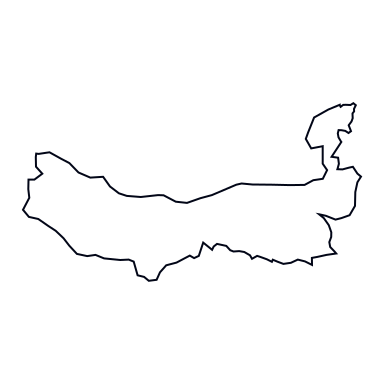 Mamountali, Paphos, Cyprus (orthographic projection)
{"feature_id": "46923920B96361744378997", "entity_name": "Mamountali", "entity_type": "district", "adm_level": 2, "iso_a3": "CYP", "parent_name": "Cyprus", "parent_adm1": "Paphos", "projection": "orthographic", "projection_center": [32.61, 34.916], "detail": "fine", "context": "isolated", "style": "outline", "palette": "ink", "viewbox_px": 384, "rotation_deg": 0, "n_neighbors": 0, "source": "geoboundaries", "source_scale": "gbopen_adm2", "svg_char_len": 1937}
<svg xmlns="http://www.w3.org/2000/svg" viewBox="0 0 384 384"><path d="M339.7,104.8L328.4,109.5L314.1,117.5L308.1,132.5L305.8,138.9L311.2,148.4L322.7,146.2L322.7,152.9L322.7,163.7L327.1,170.1L322.8,178.8L313.3,180.2L304.6,184.9L290.1,185.1L271.9,184.7L252.4,184.5L241.6,183.5L236.3,184.7L211.9,195.1L200.4,198.2L187.0,202.9L175.8,201.7L163.6,195.3L158.1,195.1L140.8,197.0L126.8,195.9L118.9,193.3L110.0,186.5L103.1,176.8L90.3,177.6L78.5,172.5L69.4,163.1L61.2,158.8L49.5,152.3L46.7,152.7L38.7,153.9L36.2,153.6L35.8,157.0L36.0,166.7L42.3,173.7L34.4,179.6L28.5,179.6L28.3,189.2L29.3,197.8L23.0,209.8L26.5,214.0L28.9,216.9L38.3,219.0L48.2,225.9L55.7,230.8L63.5,238.2L69.3,245.7L76.9,253.9L87.2,256.1L95.5,254.9L104.1,258.4L120.3,260.0L128.7,259.6L133.7,261.6L137.6,275.3L144.1,276.9L148.8,280.8L156.6,279.8L160.0,272.3L166.2,265.3L176.5,262.6L185.4,257.9L189.8,255.6L194.1,258.1L198.8,255.9L203.2,242.6L209.4,247.6L212.1,249.8L213.7,246.5L217.0,243.9L226.3,245.9L230.2,250.2L233.5,251.5L239.2,251.1L244.3,252.0L250.0,255.3L252.0,258.8L257.1,255.9L260.0,256.8L266.9,259.3L271.9,261.8L272.8,259.7L277.3,261.6L283.4,263.9L290.9,262.8L297.8,259.6L305.0,261.4L312.0,264.9L311.9,257.9L317.4,256.9L326.5,254.9L336.2,253.5L334.5,251.5L330.2,247.0L329.3,242.1L331.2,237.0L331.3,232.3L328.8,225.2L323.8,218.1L319.1,214.3L319.7,214.4L325.9,215.8L335.5,219.6L341.4,218.1L349.6,215.2L355.0,205.9L355.0,205.6L355.3,192.4L355.3,192.1L357.4,182.3L361.0,176.6L357.4,173.6L352.9,166.8L349.2,167.6L342.5,169.4L337.4,169.2L337.5,168.9L338.9,163.8L338.1,157.7L331.6,156.8L331.8,156.5L341.3,142.0L341.2,141.9L338.5,137.3L337.8,133.3L337.9,133.0L338.6,130.1L341.5,130.2L345.3,130.9L348.5,133.0L351.0,131.2L348.7,125.3L348.8,125.1L351.5,121.5L352.7,118.2L352.5,113.6L352.6,113.3L354.1,111.4L354.0,108.9L354.1,108.7L355.8,105.2L353.3,103.2L350.5,105.0L345.7,104.8L343.2,104.9L340.6,106.8L339.7,105.1L339.7,104.8Z" fill="none" stroke="#020617" stroke-width="2"/></svg>